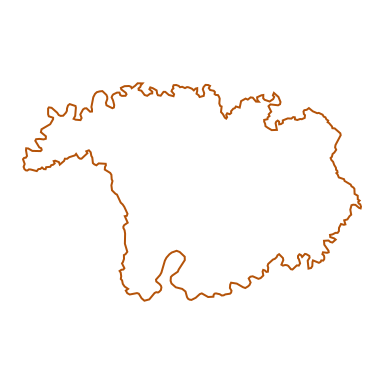 Pinhão, Paraná, Brazil (Mercator projection)
{"feature_id": "56859067B8399558053626", "entity_name": "Pinhão", "entity_type": "district", "adm_level": 2, "iso_a3": "BRA", "parent_name": "Brazil", "parent_adm1": "Paraná", "projection": "mercator", "projection_center": [-51.658, -25.801], "detail": "fine", "context": "isolated", "style": "outline", "palette": "amber", "viewbox_px": 384, "rotation_deg": 0, "n_neighbors": 0, "source": "geoboundaries", "source_scale": "gbopen_adm2", "svg_char_len": 5931}
<svg xmlns="http://www.w3.org/2000/svg" viewBox="0 0 384 384"><path d="M213.4,296.7L213.6,295.0L214.5,293.7L216.0,293.4L219.7,294.2L221.8,295.5L223.7,295.3L225.3,294.4L230.0,293.7L231.1,292.6L231.5,290.7L229.9,288.0L230.2,284.6L231.1,282.7L236.8,283.6L243.0,287.2L245.3,288.0L248.0,286.4L249.5,285.0L250.6,282.5L248.7,278.4L250.4,276.7L252.7,276.3L258.4,278.8L260.6,278.1L263.3,275.5L262.6,271.5L263.2,269.9L264.8,270.4L266.4,271.9L267.9,271.7L268.2,267.6L267.6,265.8L268.2,263.9L272.9,259.6L274.9,258.8L276.6,257.2L277.5,255.3L279.1,254.2L282.9,258.0L283.3,260.1L281.4,264.7L282.9,265.6L285.1,265.0L286.9,265.2L288.3,265.9L290.9,269.2L292.5,269.5L296.8,265.4L298.8,265.6L300.1,263.4L298.9,259.2L298.0,258.0L298.0,256.0L299.4,254.3L301.0,255.1L302.1,257.0L305.0,253.9L306.4,254.2L309.3,255.9L309.6,257.7L307.7,260.7L308.5,268.6L311.1,268.0L312.3,266.1L312.5,261.9L313.0,260.4L318.9,262.8L320.6,261.9L321.3,260.4L323.2,260.6L324.2,259.2L324.3,257.2L323.9,255.5L322.4,254.2L323.0,252.3L327.1,252.8L328.7,252.3L328.5,250.7L324.3,244.7L324.0,240.8L328.5,240.5L330.4,242.0L332.4,242.5L335.7,239.6L334.2,238.4L330.3,237.1L330.0,234.9L332.5,234.4L335.4,232.9L337.6,232.9L338.9,231.1L339.0,227.9L341.0,224.0L343.9,224.8L345.4,224.4L344.2,220.3L347.4,219.4L349.5,216.2L351.2,214.7L350.3,209.7L351.5,205.2L353.2,204.7L355.5,204.9L359.1,207.9L360.6,208.4L361.0,206.7L360.2,204.3L358.7,203.5L358.2,202.0L359.6,200.6L357.8,199.4L357.7,195.7L354.6,193.9L354.4,188.8L353.4,187.5L351.5,186.3L350.7,184.6L344.6,181.0L344.0,179.2L338.8,177.4L337.6,174.4L336.4,173.1L337.5,172.3L337.2,170.7L336.1,169.8L335.9,167.7L334.2,164.9L333.1,161.8L331.4,160.0L330.6,158.0L331.9,156.8L332.6,154.0L334.3,152.6L336.2,149.8L335.1,147.4L335.5,145.0L340.7,135.2L340.3,133.3L334.7,128.4L332.4,128.2L332.0,126.5L328.9,122.9L327.6,122.2L328.2,120.6L326.4,119.4L325.4,117.3L323.7,116.6L322.6,114.7L318.8,112.9L317.2,113.2L312.8,111.3L308.9,108.1L306.7,109.8L304.3,110.2L303.5,111.5L303.9,114.1L305.0,115.2L304.7,117.9L301.8,119.2L300.1,119.0L297.3,120.0L295.0,119.4L294.8,117.3L293.2,117.1L291.4,118.6L287.8,118.4L282.8,120.4L282.9,122.8L280.9,124.1L279.2,124.3L279.1,121.7L277.7,120.6L276.2,121.7L275.6,123.2L276.9,129.9L271.7,130.1L267.8,127.8L265.5,126.2L265.1,123.6L264.2,121.7L264.2,119.9L267.5,119.2L267.7,117.4L269.5,116.1L268.7,114.3L271.2,111.7L268.5,106.2L270.4,104.4L278.1,105.3L280.0,104.2L280.5,102.0L278.4,96.9L273.9,92.9L272.9,95.4L274.2,96.9L273.2,99.1L269.6,101.5L264.6,99.8L263.2,98.3L263.3,95.0L261.4,95.3L257.1,97.3L257.4,100.0L258.8,101.7L256.0,101.6L252.8,97.7L250.6,97.4L247.8,99.6L245.6,98.6L241.1,101.1L239.7,107.6L235.9,106.5L234.8,108.2L233.3,108.7L231.1,111.2L231.2,113.0L229.7,114.2L227.2,113.3L226.2,115.0L227.1,117.2L226.2,118.6L224.8,117.6L222.9,114.1L221.0,112.0L221.6,106.5L220.2,105.9L219.3,103.5L219.7,98.7L219.1,97.0L218.0,95.1L215.7,94.9L214.6,94.1L214.9,92.0L213.8,90.8L210.1,90.0L208.8,88.1L210.0,85.9L208.1,85.0L205.5,84.9L203.6,87.0L202.8,89.2L204.2,93.2L203.7,95.9L199.6,97.0L198.6,95.2L196.5,93.7L197.2,91.1L197.2,88.2L195.6,88.6L193.8,90.4L191.9,88.7L188.5,87.3L187.0,87.1L185.0,88.1L182.2,86.8L180.0,87.2L178.7,85.9L176.2,85.0L173.6,85.2L173.0,86.7L173.4,88.5L172.2,89.5L171.5,91.2L174.1,94.2L173.5,96.2L168.9,95.0L165.3,91.9L163.5,91.9L160.7,95.7L157.9,95.2L157.1,93.6L156.6,90.4L152.8,88.2L150.3,87.4L149.4,89.2L152.3,91.7L152.2,93.4L150.3,93.6L147.2,95.8L144.6,95.0L141.4,90.7L138.7,90.0L138.5,88.5L140.2,87.1L140.9,85.2L142.5,83.4L137.6,83.3L135.0,85.9L131.7,88.2L130.9,86.7L129.0,86.0L124.5,86.2L120.9,87.9L121.3,89.4L125.8,92.8L126.5,94.3L125.5,95.8L122.0,95.9L120.3,95.1L119.5,92.6L117.0,92.6L113.3,94.4L112.4,95.5L111.6,97.3L113.1,100.6L114.2,105.1L113.9,107.5L112.4,108.2L106.5,105.3L105.9,102.9L107.3,99.0L107.2,96.8L106.4,94.9L102.4,91.1L99.6,91.4L96.8,92.2L95.0,93.9L93.3,97.2L91.4,107.0L92.0,109.3L92.0,111.5L90.1,111.7L86.5,108.3L84.6,108.4L83.0,109.5L80.3,114.5L81.6,118.0L80.5,120.1L75.7,119.7L73.6,118.8L75.2,115.9L75.9,107.6L75.5,106.0L69.7,104.1L68.0,105.5L67.0,108.5L66.9,110.8L66.0,112.6L63.2,115.7L60.6,115.9L58.7,115.0L57.2,112.7L51.6,107.8L48.9,107.4L48.1,108.6L48.1,114.3L48.8,116.3L53.1,117.7L53.1,119.2L50.2,124.2L41.5,129.3L40.9,132.2L45.9,136.3L45.8,138.8L43.6,139.4L39.4,138.9L36.1,139.2L35.3,140.8L39.3,147.4L41.2,148.2L41.7,149.9L40.6,151.1L32.3,150.9L28.3,148.5L26.2,148.3L26.0,150.3L27.0,156.0L25.8,157.7L24.1,157.9L23.0,159.2L24.7,164.0L23.6,166.9L24.5,169.2L26.0,170.4L27.4,170.5L28.9,169.4L30.7,169.5L36.8,171.1L38.4,169.1L40.4,168.9L42.0,167.5L43.9,169.1L45.6,169.2L46.2,167.2L50.3,166.8L51.2,165.2L53.2,164.7L54.7,163.4L53.7,161.1L55.2,160.7L58.9,162.1L59.8,164.6L64.1,160.9L64.9,158.7L67.1,158.8L69.2,157.2L74.9,155.4L76.1,153.9L78.6,157.7L80.1,158.7L81.5,158.7L87.4,153.2L86.3,151.3L88.9,150.3L90.7,152.3L91.3,155.8L92.3,157.6L92.9,163.1L94.4,164.4L96.4,165.3L98.7,163.4L105.7,163.8L105.9,165.3L105.0,166.9L104.8,169.6L110.2,172.9L111.4,174.8L111.7,179.3L112.5,181.0L111.4,185.3L112.0,190.3L115.5,193.8L117.0,194.6L120.7,202.6L122.7,204.5L124.3,206.9L127.5,213.8L126.8,215.8L124.8,216.2L127.7,222.7L124.2,225.1L123.4,226.5L123.4,228.0L124.6,230.3L125.1,233.7L124.9,243.7L127.3,251.8L125.5,254.2L123.9,255.1L124.0,258.9L122.9,262.1L122.0,263.4L124.4,268.2L123.4,269.5L121.4,269.8L119.6,271.0L120.7,272.6L121.2,276.3L120.8,279.0L122.1,280.4L122.8,283.9L124.6,286.5L128.1,288.9L125.8,290.6L127.3,293.2L129.7,294.5L137.0,293.1L138.8,293.7L141.6,298.3L144.4,300.7L149.3,299.4L154.6,293.0L156.2,292.2L158.0,292.5L159.3,291.7L160.9,290.0L161.4,287.4L161.0,285.9L159.6,284.1L156.3,281.5L156.0,279.6L160.0,275.1L161.4,272.6L164.9,260.6L166.5,257.6L169.4,254.3L171.8,252.5L176.6,250.8L179.7,252.0L184.7,256.7L184.8,260.1L178.7,269.5L177.8,271.7L172.3,275.5L170.9,277.0L170.6,280.8L171.5,283.5L175.8,287.3L182.2,288.9L185.5,291.5L187.0,297.0L188.0,298.7L189.5,299.6L191.5,299.9L195.7,297.8L199.8,294.1L201.8,293.4L208.1,297.0L213.4,296.7Z" fill="none" stroke="#b45309" stroke-width="2"/></svg>